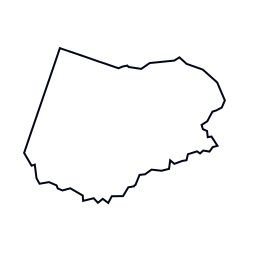 Livingston, Louisiana, United States of America (Robinson projection), rotated 289°
{"feature_id": "52423323B76509893462522", "entity_name": "Livingston", "entity_type": "district", "adm_level": 2, "iso_a3": "USA", "parent_name": "United States of America", "parent_adm1": "Louisiana", "projection": "robinson", "projection_center": [-90.749, 30.413], "detail": "fine", "context": "isolated", "style": "outline", "palette": "ink", "viewbox_px": 256, "rotation_deg": 289, "n_neighbors": 0, "source": "geoboundaries", "source_scale": "gbopen_adm2", "svg_char_len": 924}
<svg xmlns="http://www.w3.org/2000/svg" viewBox="0 0 256 256"><g transform="rotate(289 128 128)"><path d="M181.3,37.6L159.6,37.7L89.3,37.8L70.6,37.9L61.0,49.1L63.0,51.8L50.8,57.8L46.5,62.5L51.1,70.9L50.5,79.1L48.0,81.2L47.6,86.3L52.2,93.1L49.4,107.2L44.5,109.3L50.4,118.4L47.5,123.9L52.8,127.2L50.7,133.7L58.2,134.9L62.0,145.5L72.0,147.6L74.8,152.6L75.4,152.6L76.7,153.6L87.4,154.2L89.8,159.2L96.3,163.8L98.5,173.6L102.7,180.1L111.2,178.4L109.2,183.5L114.5,190.0L116.6,193.8L122.7,193.2L128.4,200.9L127.4,204.4L131.2,206.5L132.2,212.7L137.5,214.3L140.3,218.4L147.1,209.7L145.3,206.4L150.9,203.7L151.3,199.2L154.9,196.6L160.2,200.8L170.9,202.5L173.4,205.8L177.9,210.0L185.6,210.6L200.1,197.5L207.6,179.6L207.7,162.6L211.5,153.6L206.8,149.8L196.5,127.4L188.2,121.3L185.9,108.8L186.8,107.0L184.2,102.7L181.4,99.6L181.4,84.8L181.3,77.9L181.4,65.4L181.3,40.2L181.3,37.6Z" fill="none" stroke="#020617" stroke-width="2"/></g></svg>